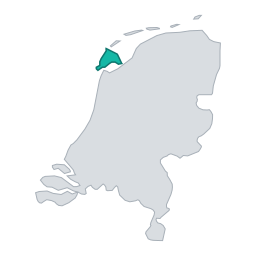 Texel, Netherlands shown in context
{"feature_id": "6326949B53858734726992", "entity_name": "Texel", "entity_type": "district", "adm_level": 2, "iso_a3": "NLD", "parent_name": "Netherlands", "parent_adm1": "", "projection": "mercator", "projection_center": [4.818, 53.078], "detail": "fine", "context": "in_parent", "style": "filled", "palette": "teal", "viewbox_px": 256, "rotation_deg": 0, "n_neighbors": 0, "source": "geoboundaries", "source_scale": "gbopen_adm2", "svg_char_len": 5540}
<svg xmlns="http://www.w3.org/2000/svg" viewBox="0 0 256 256"><path d="M162.6,240.6L157.7,240.5L153.1,240.3L150.7,239.9L148.2,238.8L147.0,236.4L145.6,233.6L146.0,231.8L150.2,226.8L150.9,225.4L150.4,224.7L150.9,222.5L154.1,215.0L154.6,212.1L153.1,210.0L151.0,208.7L144.1,206.5L140.8,203.3L139.3,200.6L137.8,199.8L135.5,200.8L129.8,201.8L125.1,200.3L119.7,195.1L118.4,190.5L117.7,186.9L116.3,185.7L114.5,187.5L112.2,190.4L107.6,190.7L106.2,190.1L106.0,188.5L105.8,186.9L104.5,185.0L103.1,184.0L97.3,189.3L95.1,189.3L92.4,187.3L91.0,185.2L88.0,186.4L85.3,188.9L86.2,193.5L84.8,194.4L81.5,194.0L77.7,192.0L73.5,190.9L67.2,187.7L58.3,190.3L52.1,187.2L47.0,186.8L43.8,184.4L40.4,180.1L42.8,177.4L45.2,176.4L54.5,175.9L61.4,177.6L73.6,186.7L76.7,186.6L80.0,185.5L78.3,183.0L75.3,181.8L70.7,179.3L67.1,175.9L75.6,174.8L74.4,173.0L73.3,169.9L64.3,159.3L65.8,156.4L68.1,150.1L70.9,145.0L73.2,143.6L76.9,139.9L84.9,129.1L90.0,120.3L93.8,109.8L99.4,80.8L101.1,75.8L103.8,70.3L107.1,71.3L109.5,72.9L117.8,68.8L132.1,57.9L136.3,48.5L140.4,44.1L156.8,35.6L165.9,33.0L179.8,32.3L189.9,30.8L202.1,30.3L206.7,35.5L209.4,39.4L213.7,41.6L220.4,43.0L220.0,50.7L220.0,65.7L219.5,68.3L216.5,74.6L213.3,85.9L212.5,93.3L211.5,94.7L198.8,94.7L197.0,96.0L196.7,97.6L197.4,99.5L197.1,101.4L196.1,102.9L196.6,105.4L198.8,108.1L202.9,109.8L207.2,110.0L209.4,109.7L211.0,111.7L212.6,114.7L212.5,118.6L211.8,123.7L209.8,128.4L203.9,133.9L201.3,135.8L198.8,136.8L197.7,138.2L197.1,140.1L197.2,141.7L201.4,146.1L201.3,147.1L200.1,149.3L198.5,151.5L187.7,155.9L183.3,155.5L180.7,157.7L180.0,158.2L177.1,156.1L170.9,153.8L168.5,154.6L167.2,155.9L163.2,157.4L160.4,159.9L160.4,163.0L165.4,171.1L167.2,172.6L167.3,175.7L169.7,179.4L172.2,184.1L172.4,187.1L172.1,190.2L170.9,194.5L166.5,204.5L166.5,206.4L166.8,207.9L168.3,208.3L169.4,209.0L169.1,210.4L161.0,217.3L160.0,218.5L156.6,218.2L156.0,219.4L156.5,221.2L157.8,222.9L160.7,223.7L163.2,225.5L165.2,228.9L162.6,240.6ZM77.7,192.0L77.0,194.9L75.1,198.1L68.8,202.7L62.1,205.8L58.7,205.4L56.4,203.8L55.1,202.2L51.6,200.6L46.7,199.7L43.7,201.5L41.5,203.1L39.6,202.8L38.2,201.5L37.1,199.4L35.6,192.7L39.3,191.5L47.1,191.0L53.2,193.4L61.2,194.5L67.4,191.3L72.2,194.0L77.7,192.0ZM64.4,164.8L69.1,169.0L70.1,170.4L70.4,171.8L64.5,173.5L58.2,168.3L54.0,169.5L52.4,167.1L52.4,165.5L56.7,164.2L64.4,164.8ZM109.4,60.0L104.6,65.6L101.7,64.1L100.9,62.8L102.4,58.3L109.4,51.0L109.4,60.0ZM130.5,34.7L126.0,35.4L124.0,34.2L134.8,31.0L141.6,30.1L142.8,30.5L130.5,34.7ZM159.5,28.8L150.0,30.1L146.8,29.1L146.3,28.2L148.9,27.7L156.9,27.5L159.4,28.3L159.5,28.8ZM120.1,41.0L111.2,46.9L110.4,45.9L116.2,40.8L120.1,41.0ZM198.2,18.8L193.7,19.1L195.0,17.0L199.1,15.4L201.3,15.4L198.2,18.8ZM178.9,24.6L172.2,27.4L170.5,26.8L170.9,26.0L176.8,24.3L178.9,24.6Z" fill="#d9dde1" stroke="#a8b0b8" stroke-width="1"/><path d="M119.5,58.7L119.4,58.5L119.2,58.1L119.0,57.8L118.9,57.4L118.7,57.1L118.5,56.7L118.3,56.3L118.3,56.2L118.1,55.8L118.0,55.6L117.9,55.5L117.9,55.4L117.7,55.0L117.5,54.6L117.3,54.2L116.9,54.0L116.5,53.7L116.1,53.6L115.8,53.4L115.5,53.2L115.1,53.1L114.8,52.9L114.5,52.7L114.2,52.6L113.9,52.4L113.5,52.2L113.2,52.1L112.8,51.9L112.5,51.7L112.2,51.6L111.9,51.4L111.5,51.2L111.2,51.1L110.9,50.9L110.6,50.8L110.3,50.6L110.1,50.5L109.6,50.3L109.1,50.0L108.9,49.9L108.6,49.7L108.1,49.5L107.6,49.2L107.1,49.0L106.7,48.8L106.4,48.6L106.1,48.5L106.1,48.8L106.1,49.1L106.1,49.5L106.1,49.9L106.2,50.2L106.2,51.0L106.0,51.3L105.7,51.6L105.5,51.9L105.4,52.2L105.1,52.6L104.9,52.9L104.6,53.3L104.5,53.6L104.3,53.9L104.1,54.1L103.9,54.5L103.7,54.8L103.6,55.0L103.4,55.2L103.3,55.4L103.2,55.5L103.0,55.8L102.9,56.0L102.7,56.3L102.6,56.5L102.4,56.7L102.4,56.8L102.2,57.1L102.1,57.3L101.9,57.6L101.7,57.8L101.6,58.0L101.4,58.3L101.3,58.5L101.2,58.6L101.1,58.9L101.0,59.1L100.9,59.2L100.9,59.4L100.8,59.6L100.7,59.8L100.6,60.0L100.5,60.3L100.4,60.4L100.3,60.6L100.3,60.8L100.2,60.9L100.1,61.1L100.1,61.3L99.9,61.5L99.8,61.9L99.8,62.0L99.8,62.4L99.8,62.6L99.8,62.9L99.8,63.1L99.8,63.3L99.8,63.5L99.8,63.8L99.8,64.0L99.8,64.4L99.8,64.5L99.8,64.9L99.8,65.1L99.8,65.3L99.7,65.5L99.4,65.7L99.1,65.8L98.8,65.9L98.7,66.0L98.4,66.2L98.2,66.3L97.9,66.4L97.7,66.5L97.3,66.7L97.2,66.8L96.9,66.9L96.8,67.0L96.7,67.1L96.3,67.3L96.3,67.6L96.3,67.8L96.3,68.0L96.3,68.3L96.3,68.5L96.4,68.9L96.5,69.0L96.8,69.3L97.0,69.4L97.0,69.5L97.3,69.8L97.5,69.9L97.6,70.0L97.8,70.2L97.9,70.3L98.0,70.2L98.4,70.0L98.6,69.9L98.7,69.7L98.9,69.6L99.1,69.5L99.3,69.4L99.5,69.2L99.8,69.0L100.0,68.8L100.2,68.7L100.4,68.6L100.6,68.5L100.8,68.3L100.9,68.2L101.2,68.1L101.4,67.9L101.5,67.8L101.7,67.7L101.9,67.6L102.0,67.5L102.2,67.4L102.3,67.3L102.4,67.2L102.5,67.2L102.8,67.2L103.0,67.2L103.4,67.2L103.6,67.2L103.9,67.2L104.1,67.2L104.5,67.2L104.9,67.2L105.1,67.0L105.2,66.9L105.4,66.7L105.5,66.6L105.9,66.4L106.0,66.2L106.4,65.9L106.6,65.8L106.8,65.6L107.0,65.5L107.1,65.4L107.3,65.2L107.5,65.0L107.7,64.9L107.8,64.8L108.0,64.6L108.3,64.4L108.5,64.2L108.8,64.0L108.9,63.9L109.2,63.7L109.3,63.6L109.5,63.5L109.9,63.2L110.2,63.0L110.5,62.8L111.0,62.5L111.2,62.4L111.6,62.1L112.0,62.1L112.3,62.1L112.7,62.1L113.0,62.1L113.4,62.1L113.8,62.1L114.1,62.1L114.5,62.1L114.8,62.1L115.2,62.1L115.5,62.3L115.9,62.5L116.2,62.8L116.6,63.0L116.9,63.2L117.3,63.4L117.7,63.7L118.0,63.9L118.4,64.2L118.7,64.1L119.1,64.0L119.5,64.0L119.8,63.9L120.2,63.8L120.5,63.8L120.9,63.7L121.3,63.6L121.8,63.5L121.6,63.2L121.4,62.8L121.2,62.4L121.1,62.1L120.9,61.7L120.7,61.4L120.6,61.0L120.4,60.7L120.2,60.3L120.1,59.9L119.9,59.6L119.7,59.2L119.5,58.8L119.5,58.7Z" fill="#14b8a6" stroke="#0f766e" stroke-width="1.5"/></svg>